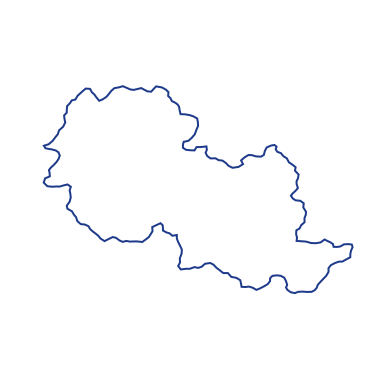 outline of Desterro de Entre Rios, Minas Gerais, Brazil, rotated 255°
{"feature_id": "56859067B72076234647502", "entity_name": "Desterro de Entre Rios", "entity_type": "district", "adm_level": 2, "iso_a3": "BRA", "parent_name": "Brazil", "parent_adm1": "Minas Gerais", "projection": "equal_earth", "projection_center": [-44.277, -20.636], "detail": "fine", "context": "isolated", "style": "outline", "palette": "blue", "viewbox_px": 384, "rotation_deg": 255, "n_neighbors": 0, "source": "geoboundaries", "source_scale": "gbopen_adm2", "svg_char_len": 3362}
<svg xmlns="http://www.w3.org/2000/svg" viewBox="0 0 384 384"><g transform="rotate(255 192 192)"><path d="M275.0,60.9L272.2,61.8L270.8,64.5L269.3,67.9L267.4,71.1L264.9,73.3L261.4,73.7L258.5,71.7L256.2,69.1L254.1,65.8L252.1,62.0L250.2,59.5L247.3,59.4L243.9,58.7L243.2,53.6L239.4,51.2L235.0,53.8L233.2,58.6L232.5,62.2L231.5,65.5L231.6,69.7L231.5,73.7L228.4,76.3L225.2,74.2L222.5,74.1L218.2,73.5L214.3,71.3L211.2,67.5L208.1,67.3L204.5,71.0L200.4,72.2L197.7,73.5L193.6,73.7L189.8,76.2L188.3,80.1L185.8,83.1L182.4,84.1L179.5,86.0L176.3,88.5L173.7,90.3L170.7,91.6L167.2,94.8L168.2,99.5L169.0,103.9L167.3,106.8L164.0,109.4L161.8,112.1L161.7,116.0L160.2,119.1L159.4,122.6L158.6,125.8L156.6,131.0L158.3,135.5L159.7,138.8L162.0,141.2L164.3,143.7L168.4,144.5L169.3,149.4L170.0,153.5L167.7,155.0L165.1,154.7L162.3,154.0L159.6,156.8L157.8,159.7L154.8,161.7L154.4,166.2L151.0,165.3L147.3,165.7L142.9,166.6L139.2,167.3L135.3,166.1L130.9,163.0L127.0,162.2L124.1,159.5L120.1,161.1L119.4,166.1L118.4,170.1L118.8,175.0L117.1,178.3L117.3,182.0L119.3,186.0L118.7,191.3L116.2,194.0L112.5,196.0L109.0,198.7L105.6,201.2L104.4,205.7L99.8,208.0L97.7,212.5L94.3,215.8L90.2,215.6L87.6,215.3L86.4,218.9L85.9,222.6L83.7,226.0L80.8,228.9L81.2,232.3L82.2,237.0L83.4,241.3L85.7,244.3L88.6,245.2L90.2,248.0L89.5,252.5L88.1,256.0L85.4,258.9L81.8,259.7L77.7,259.9L75.4,258.1L72.6,258.9L69.6,261.5L67.7,265.2L68.1,268.6L67.2,273.0L65.8,276.9L64.6,281.7L65.4,285.1L67.1,287.6L69.8,289.5L72.0,292.9L74.1,296.3L76.4,300.1L79.5,303.2L83.0,304.1L85.3,307.0L86.4,311.6L86.7,315.8L85.9,319.3L86.9,323.3L88.0,328.0L91.2,328.9L94.4,330.6L97.1,332.8L99.9,332.8L101.3,329.2L102.1,325.1L101.0,321.1L101.4,317.8L102.4,314.6L105.2,314.7L107.6,312.6L109.7,310.1L111.8,307.8L110.0,303.2L110.5,298.2L111.9,293.8L114.6,289.3L116.5,283.8L117.7,280.4L120.6,281.6L124.5,281.7L128.0,282.9L128.9,286.4L131.7,288.9L133.7,292.9L137.7,293.9L140.5,296.0L143.4,297.0L148.3,295.5L152.2,297.0L155.5,294.3L157.2,289.8L159.8,287.6L162.8,286.6L164.6,288.9L166.3,292.3L168.4,295.3L172.6,295.1L175.2,295.7L177.8,297.9L181.3,299.5L185.9,297.0L189.1,298.5L192.5,296.0L195.6,293.3L200.0,292.3L203.0,289.5L206.4,288.0L208.9,284.7L211.6,283.9L213.9,285.4L216.1,283.8L216.4,280.3L215.7,275.7L212.8,273.0L209.2,271.0L208.3,267.8L209.8,263.1L212.1,259.4L213.1,256.0L211.7,251.3L209.8,247.6L205.7,248.5L204.2,243.4L204.9,237.4L207.8,234.1L211.3,232.2L214.5,229.5L215.9,225.9L218.4,223.5L219.7,218.5L222.9,216.0L226.3,215.3L229.0,217.3L232.3,217.7L233.2,211.8L234.2,208.0L231.5,205.2L232.6,201.7L234.2,197.3L237.0,194.7L240.1,195.5L242.6,197.0L242.4,201.9L244.4,205.8L247.0,209.6L251.1,212.5L254.3,215.0L258.2,215.8L261.7,216.0L264.8,212.8L266.9,209.6L269.0,205.0L270.1,201.1L274.2,201.2L277.8,201.6L280.3,200.7L282.5,199.0L285.0,196.1L288.2,195.5L290.9,193.8L294.6,195.1L297.6,193.3L300.8,190.0L303.3,184.7L301.6,181.8L299.5,178.6L300.7,175.1L303.2,172.3L305.5,169.9L305.6,166.2L305.7,162.2L307.0,159.0L309.4,156.0L312.1,152.6L312.0,148.5L312.4,143.9L310.5,140.1L308.5,137.5L306.1,134.0L304.6,129.7L304.1,126.0L307.8,124.3L311.5,122.9L314.3,121.1L318.0,120.2L319.4,116.1L318.0,113.1L316.5,110.1L314.5,106.3L311.5,103.3L311.6,99.5L309.5,97.3L307.3,93.6L304.3,92.5L301.0,91.5L299.1,88.3L296.1,87.8L292.0,87.6L288.4,84.4L286.0,79.6L282.4,77.2L280.3,74.2L277.5,70.7L275.2,65.8L275.0,60.9Z" fill="none" stroke="#1e3a8a" stroke-width="2"/></g></svg>